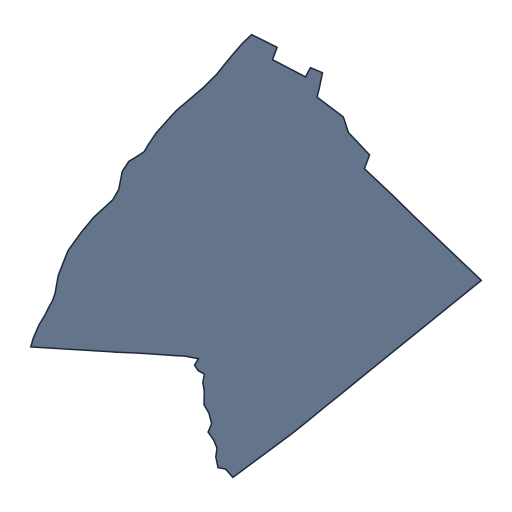 outline of Chuí, Rio Grande do Sul, Brazil
{"feature_id": "56859067B65992247810501", "entity_name": "Chuí", "entity_type": "district", "adm_level": 2, "iso_a3": "BRA", "parent_name": "Brazil", "parent_adm1": "Rio Grande do Sul", "projection": "orthographic", "projection_center": [-53.439, -33.652], "detail": "fine", "context": "isolated", "style": "filled", "palette": "slate", "viewbox_px": 512, "rotation_deg": 0, "n_neighbors": 0, "source": "geoboundaries", "source_scale": "gbopen_adm2", "svg_char_len": 1051}
<svg xmlns="http://www.w3.org/2000/svg" viewBox="0 0 512 512"><path d="M232.9,477.4L292.0,433.6L304.4,423.7L322.3,409.0L327.6,404.7L339.9,394.9L368.5,371.6L481.3,280.4L414.3,216.6L394.3,196.9L364.4,168.7L369.6,154.9L348.4,132.5L343.3,116.9L317.0,97.1L319.1,89.1L322.5,72.8L310.4,67.7L305.5,76.9L272.5,59.7L277.1,47.3L251.6,34.6L242.4,43.4L235.1,51.7L224.9,64.0L216.8,74.2L211.3,79.6L203.7,87.2L189.2,99.6L176.5,110.4L171.7,115.6L166.2,121.7L156.2,132.9L147.9,145.3L144.1,151.8L134.6,157.9L128.9,161.3L122.3,171.3L118.7,189.5L112.8,199.8L94.0,217.0L81.4,232.1L68.1,250.5L65.5,256.9L58.2,275.6L55.1,293.3L52.3,301.2L48.8,307.2L45.0,315.0L39.0,324.9L33.3,338.1L30.7,346.9L53.6,348.3L93.2,350.7L110.0,351.7L115.9,352.2L126.4,352.6L134.4,352.9L141.0,353.3L153.9,354.1L167.9,355.1L174.3,355.6L184.2,356.0L198.4,358.7L194.5,365.2L198.1,370.5L204.4,374.2L202.8,382.7L204.3,391.0L204.0,404.7L208.9,413.1L211.6,423.7L208.1,432.1L213.5,439.7L217.0,448.1L215.8,456.9L218.0,467.6L225.6,469.1L232.9,477.4Z" fill="#64748b" stroke="#1e293b" stroke-width="1.5"/></svg>